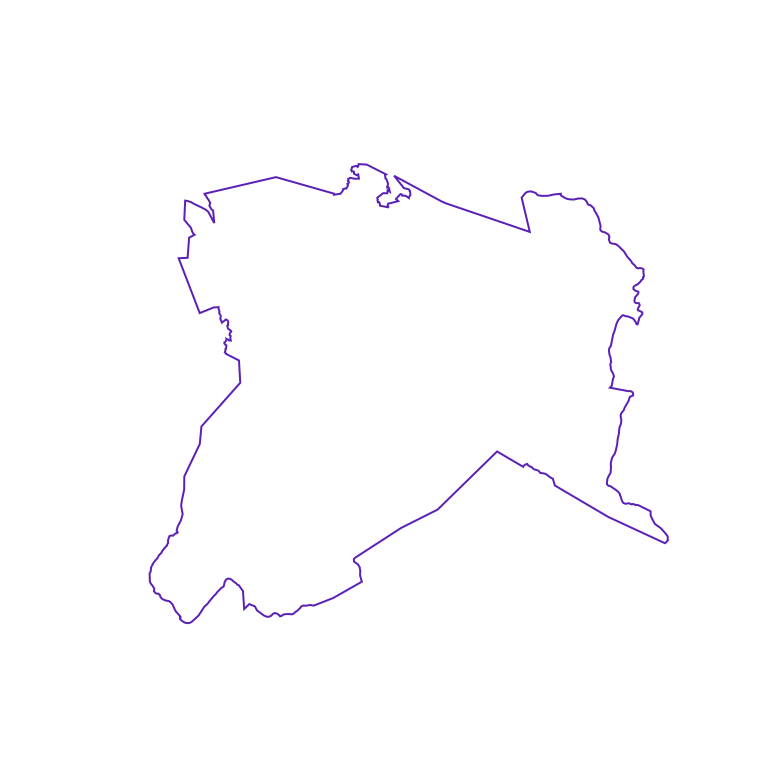 Santos Reyes Nopala, Oaxaca, Mexico, rotated 253°
{"feature_id": "50627088B74291328650735", "entity_name": "Santos Reyes Nopala", "entity_type": "district", "adm_level": 2, "iso_a3": "MEX", "parent_name": "Mexico", "parent_adm1": "Oaxaca", "projection": "orthographic", "projection_center": [-97.189, 16.083], "detail": "fine", "context": "isolated", "style": "outline", "palette": "violet", "viewbox_px": 768, "rotation_deg": 253, "n_neighbors": 0, "source": "geoboundaries", "source_scale": "gbopen_adm2", "svg_char_len": 6166}
<svg xmlns="http://www.w3.org/2000/svg" viewBox="0 0 768 768"><g transform="rotate(253 384 384)"><path d="M505.7,228.5L507.0,243.8L505.8,248.2L505.4,247.9L501.1,247.8L500.0,247.1L497.8,247.7L496.6,247.7L495.7,247.4L494.4,246.5L490.0,247.0L490.5,247.8L491.2,250.2L492.0,251.5L490.6,253.0L488.8,253.2L486.7,252.2L485.9,252.1L485.6,251.2L483.4,251.0L481.9,251.4L479.7,253.1L478.8,253.3L477.8,251.6L476.5,250.8L475.7,250.7L474.8,251.4L472.7,250.4L470.3,250.2L471.0,248.5L472.1,247.9L472.6,246.7L473.1,246.4L472.2,246.2L471.6,245.7L470.4,244.1L470.4,243.5L469.3,243.2L468.0,243.8L467.0,244.6L464.3,243.4L463.9,242.6L463.2,242.7L460.8,241.0L459.6,241.7L459.0,241.7L448.9,252.2L427.2,246.9L396.8,197.0L380.5,190.3L354.0,166.0L341.4,162.0L330.9,156.2L326.7,154.4L318.4,153.4L313.1,150.0L307.7,144.8L304.3,142.8L302.4,143.3L301.9,142.3L302.1,141.0L300.6,137.8L301.3,136.4L301.3,134.4L299.3,132.8L298.6,132.5L297.5,131.6L295.2,131.2L293.8,129.6L293.0,129.3L292.1,127.5L289.7,123.8L287.3,121.3L286.2,118.9L283.4,116.1L282.3,114.0L280.3,111.2L276.8,107.7L272.8,106.0L271.5,104.5L263.4,102.3L261.4,102.6L258.6,103.7L255.4,104.5L253.2,103.4L250.8,104.4L249.8,105.6L249.5,106.9L247.6,108.0L245.8,107.9L243.4,108.9L241.0,111.6L239.2,114.9L237.8,116.0L235.1,117.3L228.9,118.1L227.0,118.6L221.2,121.3L220.5,120.0L220.5,120.6L219.7,121.0L219.0,120.2L217.4,120.9L215.6,122.3L213.6,124.3L212.6,126.6L212.4,128.2L212.7,130.4L216.8,139.0L223.5,147.0L225.4,151.0L226.8,152.8L231.0,159.2L232.2,161.6L234.0,164.1L236.4,168.7L237.3,171.5L239.8,173.0L240.5,173.2L242.4,175.1L242.7,175.1L243.4,176.7L243.5,178.2L242.5,180.0L241.2,181.2L238.6,182.7L236.6,184.4L235.0,185.0L234.0,186.3L227.2,188.6L209.7,184.5L212.9,190.8L209.1,195.5L204.5,196.4L197.8,201.4L196.2,203.2L195.3,204.7L195.1,206.6L195.2,207.8L196.7,210.8L196.9,212.7L195.7,214.5L193.5,216.3L192.3,216.6L192.1,217.9L192.9,220.3L192.8,222.1L191.8,225.9L190.7,228.3L190.7,230.2L191.9,232.7L192.6,235.0L194.6,238.8L195.5,239.8L195.8,241.8L194.8,244.5L194.3,248.7L192.6,252.0L194.2,272.9L201.4,305.0L207.3,305.1L209.1,305.5L212.2,306.7L214.0,306.8L215.6,307.2L219.0,306.4L220.8,305.1L222.0,303.9L223.2,303.4L225.4,304.0L226.3,305.6L241.4,358.5L248.2,398.5L286.4,472.4L264.1,492.9L265.0,493.7L265.7,496.0L265.7,497.6L264.1,498.1L262.8,499.1L261.3,501.0L259.4,501.8L258.5,502.6L256.6,505.5L255.7,506.5L253.3,507.4L252.1,510.0L250.8,512.3L246.5,515.3L244.0,517.8L237.0,517.7L191.3,559.6L149.6,606.1L149.9,607.1L151.5,609.8L152.8,609.9L154.8,610.7L156.9,610.3L163.3,607.5L165.7,606.2L170.4,602.5L171.9,601.9L177.9,600.8L180.4,600.6L184.4,601.7L193.9,591.6L194.6,590.2L194.7,589.0L195.8,588.1L196.5,586.9L196.4,585.8L198.5,583.0L198.7,580.5L199.4,579.0L200.8,577.8L203.6,577.4L207.3,577.4L208.9,577.1L210.1,577.4L212.7,576.3L214.5,575.1L220.0,570.7L221.0,569.1L221.7,568.4L223.3,567.9L228.0,569.9L230.9,572.5L232.1,574.1L233.6,575.1L239.2,577.1L241.2,577.4L245.0,579.4L247.1,580.9L249.9,584.3L251.8,585.7L258.0,589.3L262.9,591.3L267.8,594.1L270.2,595.0L274.2,596.8L276.1,598.6L278.7,599.9L280.4,600.5L283.4,600.7L285.5,601.5L286.5,602.2L289.1,605.8L290.9,607.1L296.3,612.9L299.8,615.3L300.2,618.6L300.3,618.9L301.3,619.2L302.5,619.5L303.4,619.3L304.6,618.3L305.3,617.2L305.8,615.4L314.4,599.0L315.7,601.3L322.1,604.5L323.0,605.4L324.1,606.2L327.1,606.1L330.7,605.3L332.7,605.4L334.4,606.0L335.5,605.8L337.2,606.5L338.5,607.6L343.3,608.4L346.1,608.2L348.6,608.6L350.1,608.9L352.2,609.8L354.1,612.1L364.3,617.6L367.1,619.8L373.7,624.0L376.4,626.4L379.6,631.2L379.9,632.2L379.8,633.0L378.2,634.7L377.4,636.9L374.5,640.5L373.3,641.6L372.0,642.1L369.4,642.8L367.4,643.0L366.9,643.9L368.0,644.8L370.0,645.8L370.7,646.5L372.5,647.3L375.2,651.4L376.4,651.9L377.3,651.7L379.6,649.4L380.1,648.5L380.9,648.5L381.6,648.6L384.5,651.5L385.6,651.6L386.8,651.3L387.6,648.8L388.3,648.1L389.1,647.7L391.0,648.0L393.7,649.7L395.3,652.4L396.5,653.8L397.7,654.2L398.3,653.7L399.4,652.0L401.5,650.4L402.5,650.4L403.5,650.8L404.2,651.5L404.9,653.6L405.3,656.1L407.0,659.3L408.2,660.6L408.4,661.8L408.8,662.4L409.6,662.8L410.4,662.8L410.5,663.5L411.2,664.1L415.8,664.9L417.1,665.6L417.9,665.7L418.6,665.1L420.0,662.9L420.2,661.1L421.4,659.3L424.3,658.4L427.1,656.7L429.2,656.3L434.7,653.8L440.7,652.2L448.0,648.2L449.8,646.7L452.0,642.6L453.1,641.4L456.2,641.3L457.3,641.6L458.2,642.4L459.1,642.4L460.0,642.7L461.5,642.2L464.1,640.0L465.8,637.3L467.5,636.0L469.4,636.2L471.6,637.3L480.5,637.7L485.3,636.8L488.5,635.9L490.7,636.0L494.1,634.1L494.8,633.5L494.9,632.7L496.3,631.6L497.4,631.3L499.2,631.2L501.8,630.0L503.4,627.9L503.9,626.7L504.7,623.2L504.9,619.4L506.4,615.3L507.8,612.8L510.7,609.9L512.8,608.2L514.2,608.7L515.5,602.3L516.0,596.2L517.4,591.0L519.0,587.2L520.1,585.9L522.4,584.9L525.3,580.8L525.5,579.3L525.9,577.8L525.7,576.3L525.0,574.6L521.9,570.1L486.8,567.9L539.0,495.6L542.1,492.1L580.2,454.5L565.5,460.3L563.0,464.5L561.8,465.2L560.8,464.9L560.3,465.2L557.0,464.5L555.4,462.6L554.5,462.2L557.1,460.2L557.7,459.4L558.3,458.6L558.7,456.5L560.3,456.3L560.8,455.2L557.4,449.5L554.7,451.1L555.1,441.7L555.4,441.1L554.8,440.4L553.6,439.6L552.2,440.0L551.8,439.5L555.7,432.3L557.8,432.7L559.4,432.5L559.5,431.3L561.7,431.5L562.1,432.0L563.9,431.9L564.2,432.1L565.9,436.9L566.3,437.5L566.7,439.1L565.4,442.9L568.3,444.2L566.2,445.8L570.1,446.1L570.9,445.7L571.2,445.0L571.1,444.6L571.9,444.7L572.4,445.4L574.2,446.4L579.5,446.2L580.1,445.5L583.6,446.1L583.8,447.3L598.9,431.6L601.7,424.0L599.5,422.8L599.4,422.3L599.8,422.4L600.4,422.0L600.7,421.2L600.8,416.8L599.0,415.9L598.5,415.2L596.6,415.4L596.6,416.2L595.9,417.3L593.8,416.8L591.7,419.0L592.0,420.6L587.7,420.1L588.9,415.9L591.0,412.0L590.6,409.6L588.7,409.5L588.6,408.9L586.9,409.3L586.0,407.4L584.8,407.8L584.2,407.4L581.9,405.1L582.4,403.9L582.3,402.0L581.9,402.1L580.6,400.7L578.7,398.0L579.6,391.5L580.6,391.9L613.4,341.2L618.4,268.0L617.3,268.1L616.2,268.8L613.8,269.2L611.3,270.1L607.7,270.7L605.8,269.2L601.4,270.1L599.9,271.3L587.5,268.7L600.0,266.3L602.8,264.5L606.6,260.7L611.8,254.9L614.2,252.8L616.1,250.2L617.5,247.5L599.4,241.0L589.8,245.0L585.3,245.2L583.3,245.7L582.1,246.5L580.9,240.4L562.1,233.1L564.3,224.4L505.7,228.5Z" fill="none" stroke="#5b21b6" stroke-width="2"/></g></svg>